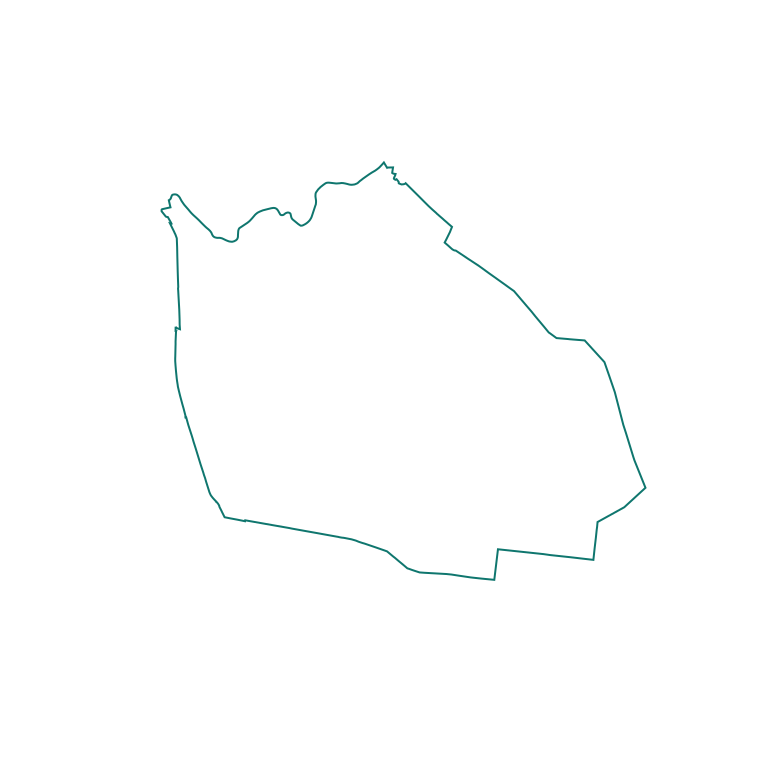 outline of Soest, Utrecht, Netherlands, rotated 299°
{"feature_id": "6326949B26493124022578", "entity_name": "Soest", "entity_type": "district", "adm_level": 2, "iso_a3": "NLD", "parent_name": "Netherlands", "parent_adm1": "Utrecht", "projection": "mercator", "projection_center": [5.308, 52.157], "detail": "fine", "context": "isolated", "style": "outline", "palette": "teal", "viewbox_px": 768, "rotation_deg": 299, "n_neighbors": 0, "source": "geoboundaries", "source_scale": "gbopen_adm2", "svg_char_len": 6046}
<svg xmlns="http://www.w3.org/2000/svg" viewBox="0 0 768 768"><g transform="rotate(299 384 384)"><path d="M448.4,114.2L448.7,113.4L449.0,112.0L449.1,111.4L449.0,110.9L449.0,110.6L448.7,109.7L448.2,108.7L447.7,108.1L447.4,107.7L446.9,107.3L446.7,107.2L446.3,107.1L446.0,107.1L444.8,107.2L443.4,107.5L443.0,107.5L441.9,107.5L441.8,107.4L441.5,107.3L440.4,106.7L437.7,109.1L435.0,111.6L429.3,105.2L428.9,105.0L428.7,105.0L428.4,105.1L427.5,105.6L427.3,105.7L427.1,106.1L424.8,111.7L424.7,111.9L424.7,112.1L424.7,112.6L425.0,113.5L425.2,114.0L422.1,119.1L421.2,120.4L421.0,120.2L420.7,119.8L420.6,119.1L415.5,126.5L414.5,127.8L413.7,129.0L411.1,132.0L410.7,132.3L403.1,136.9L394.5,141.9L382.1,149.2L375.4,153.2L369.8,156.6L368.9,157.1L367.6,157.6L366.1,158.6L349.9,168.8L341.4,173.9L337.0,176.4L335.3,177.5L333.0,179.0L332.7,177.3L332.4,175.0L332.6,174.8L332.5,174.7L332.3,174.4L329.3,176.0L329.5,176.5L329.4,176.5L320.3,181.0L319.4,181.5L317.8,182.4L315.1,183.8L306.9,188.1L305.3,188.9L302.8,190.3L299.4,192.5L294.9,195.5L288.4,200.0L286.5,201.4L284.7,202.8L283.3,203.9L281.8,205.0L278.7,207.8L274.6,211.6L268.4,217.6L268.2,217.8L265.4,220.6L259.6,226.1L259.2,226.1L258.9,226.2L258.4,226.7L258.9,227.2L254.2,231.8L253.1,232.9L246.0,240.5L243.8,242.8L242.2,244.4L241.9,244.7L241.1,245.5L236.1,250.8L225.5,261.8L225.1,262.2L218.8,269.0L218.7,269.1L217.2,270.6L215.0,273.1L212.1,276.0L204.7,283.8L204.0,284.7L203.1,285.9L202.6,286.7L202.1,287.8L201.5,289.2L201.2,290.0L199.8,294.2L199.7,294.3L199.8,294.4L199.6,294.9L199.5,295.2L199.2,295.9L199.0,296.6L198.6,297.3L197.8,298.7L197.7,298.8L196.8,299.6L196.6,299.9L194.1,303.6L193.9,303.8L191.3,307.6L190.2,309.2L192.1,315.1L194.3,321.7L195.6,325.8L196.6,329.0L197.5,328.7L206.3,354.3L212.2,371.3L212.9,373.6L217.5,387.1L221.2,397.9L226.8,414.4L227.7,417.0L228.1,418.1L228.3,419.0L229.0,421.1L229.4,422.1L229.8,423.0L230.3,424.4L232.4,430.9L233.4,435.3L233.7,437.9L233.8,438.6L234.5,442.3L235.0,444.4L235.3,446.1L237.1,456.1L238.5,464.2L239.1,467.8L237.5,476.1L237.3,477.6L236.3,482.5L235.0,489.4L234.1,493.8L234.4,495.2L235.0,498.9L235.6,502.1L236.2,505.2L236.5,506.6L238.4,510.7L248.1,530.8L249.0,532.9L250.0,535.2L252.8,542.8L256.9,553.7L261.1,563.7L266.2,575.4L294.7,563.8L312.6,606.1L315.0,612.4L322.9,631.1L325.3,636.9L326.9,640.8L331.7,652.4L342.1,648.0L352.1,643.9L359.4,640.8L362.7,639.5L366.8,637.7L392.7,653.9L395.1,654.7L420.0,663.0L438.6,640.1L441.0,637.5L458.4,619.4L464.3,613.1L488.7,589.9L499.8,577.6L510.0,566.2L519.4,538.4L515.7,530.3L513.3,525.0L512.5,523.1L507.8,512.6L508.9,503.8L508.9,503.2L511.4,496.9L516.6,483.4L518.9,477.8L521.3,471.3L528.3,452.6L528.5,450.7L531.3,426.5L531.7,422.8L533.3,409.7L534.2,397.8L534.3,396.4L535.1,387.0L535.5,382.0L535.2,381.4L535.0,381.0L534.9,380.3L534.9,379.5L534.9,378.6L535.1,377.6L535.2,377.1L535.6,375.4L536.1,373.3L536.4,371.9L537.1,368.5L540.7,368.4L549.1,368.0L550.4,367.8L554.4,367.3L555.3,362.8L555.8,360.7L556.5,357.3L557.0,355.2L558.0,350.4L558.3,349.2L558.5,348.0L558.9,346.7L560.1,341.3L561.0,337.7L561.3,336.5L562.9,330.9L565.1,323.3L565.8,320.8L570.1,305.6L569.7,305.5L569.4,305.4L568.5,304.6L568.0,304.0L567.2,302.8L567.0,302.5L567.0,302.2L566.9,301.6L566.7,300.2L566.7,299.7L567.0,299.6L567.5,299.0L568.0,298.7L569.2,295.7L568.5,295.2L568.1,294.9L568.3,293.2L568.5,293.0L569.4,292.8L570.8,292.7L572.1,292.6L573.3,292.3L572.6,290.5L572.5,290.0L572.5,289.5L572.6,288.8L577.8,286.9L575.0,282.1L574.6,281.9L575.5,280.3L577.7,276.5L576.2,276.2L574.9,275.9L571.7,275.1L570.5,274.7L568.6,273.9L567.7,273.5L566.1,272.7L563.1,270.9L561.6,270.1L560.1,269.3L556.6,267.6L553.5,266.1L551.3,265.2L549.8,264.5L547.4,263.7L547.1,263.6L546.7,263.4L546.1,263.0L545.1,262.2L544.6,261.8L544.1,261.3L543.3,260.2L542.6,259.2L542.2,258.4L541.9,257.7L541.6,256.8L541.1,254.7L540.8,253.7L540.5,252.6L540.1,251.5L539.9,250.8L539.6,250.2L539.3,249.7L539.1,249.2L538.2,248.1L537.1,246.4L536.5,245.5L536.2,245.0L535.8,244.0L533.7,238.9L533.3,238.1L532.5,236.7L532.3,236.5L531.7,235.9L530.7,235.3L528.8,234.4L525.5,233.0L523.7,232.5L522.4,232.1L521.5,232.0L518.9,231.7L518.4,231.7L517.6,231.8L516.8,232.1L515.4,232.8L515.0,233.0L514.0,233.7L512.3,235.0L511.2,235.8L510.1,236.4L508.7,237.0L508.0,237.3L506.6,237.5L496.6,239.4L494.9,239.7L493.5,239.8L492.3,239.7L491.6,239.7L490.6,239.5L489.7,239.3L488.2,238.8L487.5,238.5L486.4,238.0L485.5,237.5L484.6,236.9L483.8,236.4L483.2,235.9L482.8,235.5L482.3,234.8L482.1,234.4L482.1,234.2L482.1,233.7L482.3,231.5L483.6,224.5L483.8,223.8L484.1,223.2L484.4,222.7L484.7,222.3L485.2,221.8L487.0,220.2L487.3,219.9L487.6,219.6L487.7,219.3L487.8,219.0L487.8,218.7L487.8,218.1L487.8,217.8L487.7,217.6L487.6,217.2L487.3,216.7L487.2,216.5L487.0,216.3L486.6,215.9L485.6,215.1L483.9,214.4L483.4,214.2L482.9,213.8L482.7,213.6L482.3,213.0L482.1,212.6L481.9,212.2L481.9,211.8L481.9,211.3L482.1,210.9L482.2,210.7L484.4,207.1L484.9,205.8L485.1,205.1L485.1,204.6L485.1,204.0L485.0,203.6L485.0,203.3L484.7,202.6L484.6,202.3L484.4,201.9L484.1,201.5L483.7,201.0L483.1,200.2L480.5,197.4L477.2,193.9L476.1,193.0L474.5,191.7L473.6,191.1L472.4,190.3L471.6,190.0L470.4,189.5L469.4,189.2L464.9,188.3L462.4,187.7L461.0,187.3L458.8,186.4L452.4,183.1L450.9,182.3L450.0,181.9L449.2,181.9L448.8,181.9L447.2,182.3L446.8,182.5L443.2,184.2L442.1,184.8L441.3,185.1L440.8,185.2L440.1,185.3L439.6,185.3L439.2,185.3L438.5,185.0L437.8,184.8L436.8,184.1L436.3,183.8L435.8,183.3L435.3,182.8L435.0,182.5L434.7,182.0L434.5,181.7L434.1,180.7L433.7,179.7L433.6,179.3L433.5,178.8L433.4,178.2L433.2,176.7L433.1,175.4L432.9,171.9L432.8,171.5L432.6,170.7L432.3,169.7L432.0,169.1L431.0,167.3L430.8,166.9L430.6,166.2L430.4,165.5L430.2,164.5L430.3,164.1L430.3,163.7L430.4,163.3L430.5,162.9L430.7,162.4L430.9,162.0L431.2,161.6L431.5,161.1L432.6,159.7L432.8,159.4L433.1,158.7L433.6,157.6L433.8,156.8L434.1,155.8L434.6,153.1L435.0,151.4L435.8,148.5L436.4,146.4L437.5,142.8L438.3,139.7L439.2,135.8L439.6,134.3L440.0,132.9L440.6,131.2L441.7,128.4L443.8,122.6L444.5,121.1L445.8,118.5L446.9,116.7L447.9,115.2L448.4,114.2Z" fill="none" stroke="#0f766e" stroke-width="2"/></g></svg>